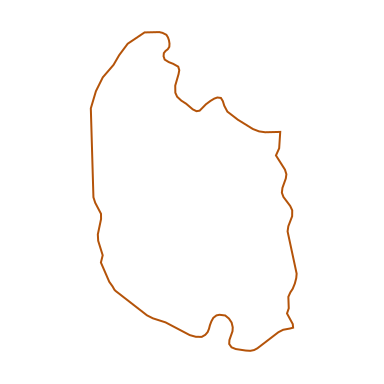 the border of Tizi Ouzou, rotated 86°
{"feature_id": "DZA-2197", "entity_name": "Tizi Ouzou", "entity_type": "Province", "adm_level": 1, "iso_a3": "DZA", "parent_name": "Algeria", "parent_adm1": "", "projection": "mercator", "projection_center": [4.213, 36.689], "detail": "fine", "context": "isolated", "style": "outline", "palette": "amber", "viewbox_px": 384, "rotation_deg": 86, "n_neighbors": 0, "source": "natural_earth", "source_scale": "10m", "svg_char_len": 1468}
<svg xmlns="http://www.w3.org/2000/svg" viewBox="0 0 384 384"><g transform="rotate(86 192 192)"><path d="M138.2,99.8L154.5,102.0L161.4,105.7L176.2,97.7L180.9,96.6L185.1,97.5L194.2,101.5L199.0,102.4L203.4,101.1L212.8,95.0L217.3,93.3L223.2,93.8L232.9,98.3L238.0,99.4L280.8,93.3L285.1,94.0L290.5,95.8L295.6,98.3L299.0,100.9L303.3,103.2L314.8,103.6L319.8,105.7L330.8,100.7L334.4,100.6L335.0,103.7L335.8,110.7L337.9,115.6L352.5,137.7L354.0,141.1L354.5,144.9L353.9,149.5L351.7,159.3L349.7,163.4L346.2,165.5L342.3,165.0L333.7,161.3L329.8,160.8L325.0,161.6L320.8,164.0L317.5,167.5L316.4,173.1L316.8,176.2L319.0,179.5L322.4,181.7L326.1,183.4L329.7,184.6L332.9,186.2L335.4,188.7L337.2,192.4L336.7,198.3L334.6,204.2L320.2,227.5L315.3,239.8L311.9,245.5L285.4,275.1L284.1,276.2L280.7,277.8L275.8,280.8L256.0,287.8L248.9,285.5L234.1,289.0L227.7,288.9L212.6,284.6L207.4,284.3L196.0,289.3L190.4,290.7L101.5,287.1L84.7,280.8L71.4,273.0L59.7,261.4L50.4,255.1L39.6,245.8L29.5,228.2L30.2,213.5L31.2,210.3L33.4,206.6L36.1,205.2L39.1,204.4L42.4,204.1L45.6,204.5L47.9,206.2L49.5,208.6L51.5,210.4L54.6,210.9L58.0,210.0L60.8,206.1L62.8,201.9L66.0,197.0L69.6,196.2L73.5,197.2L84.7,201.3L91.8,201.7L95.9,200.2L100.1,196.3L103.6,191.6L109.6,185.5L111.7,181.9L111.4,178.7L105.4,171.9L102.4,167.2L100.4,163.3L99.5,160.1L100.2,156.6L103.5,154.9L108.2,153.8L114.3,151.1L123.1,141.2L133.4,126.9L136.2,120.9L137.5,114.9L138.1,102.2L138.2,99.8Z" fill="none" stroke="#b45309" stroke-width="2"/></g></svg>